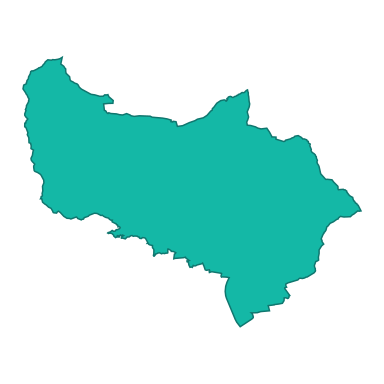 outline of Fieni, Dâmbovita, Romania
{"feature_id": "2599482B92838501845888", "entity_name": "Fieni", "entity_type": "district", "adm_level": 2, "iso_a3": "ROU", "parent_name": "Romania", "parent_adm1": "Dâmbovita", "projection": "robinson", "projection_center": [25.406, 45.133], "detail": "fine", "context": "isolated", "style": "filled", "palette": "teal", "viewbox_px": 384, "rotation_deg": 0, "n_neighbors": 0, "source": "geoboundaries", "source_scale": "gbopen_adm2", "svg_char_len": 5911}
<svg xmlns="http://www.w3.org/2000/svg" viewBox="0 0 384 384"><path d="M361.0,210.9L358.1,205.2L357.3,204.8L356.7,203.5L355.5,203.1L354.5,201.2L354.0,201.1L353.1,199.3L352.7,197.4L350.4,196.2L349.1,195.1L346.7,191.9L346.8,191.2L345.0,189.8L344.1,189.9L343.3,189.3L338.4,189.7L338.0,188.8L338.0,186.8L337.8,186.2L333.7,182.1L332.0,179.8L327.4,179.3L325.7,179.4L320.7,173.8L319.1,166.7L318.5,165.2L317.6,164.0L316.9,162.0L317.4,160.3L316.4,158.2L316.3,156.7L315.8,156.3L315.3,154.9L314.1,153.7L312.0,152.3L311.0,150.6L311.3,149.5L309.8,145.7L310.2,144.4L310.1,143.9L308.8,143.3L308.5,142.9L308.3,141.4L307.3,141.0L306.7,139.8L304.1,138.9L302.8,139.0L301.5,137.5L298.2,135.6L294.9,136.2L293.7,137.4L291.6,138.1L290.7,138.8L285.5,140.2L284.8,141.3L283.6,141.5L276.0,139.2L276.0,137.1L271.8,136.9L271.7,136.3L269.6,132.3L266.8,128.2L261.1,128.9L257.8,128.1L255.6,126.9L250.7,125.5L247.3,125.2L246.7,122.0L247.6,120.2L248.6,117.0L247.2,111.9L249.2,106.9L249.7,103.9L249.1,101.3L248.7,96.6L248.3,94.8L248.3,92.6L247.9,91.8L247.5,89.9L246.4,90.4L244.3,92.5L243.4,92.7L242.1,92.5L239.7,94.1L238.4,94.4L237.7,95.4L237.1,95.3L235.8,96.3L234.6,96.5L233.3,97.4L232.3,97.4L231.4,96.7L230.2,96.4L228.4,97.0L228.2,97.6L226.9,98.6L227.0,99.3L227.5,99.4L226.5,101.0L226.0,101.1L225.6,100.3L224.2,99.9L220.7,100.6L216.8,103.2L213.8,107.3L212.4,108.6L212.1,110.3L210.8,111.0L207.1,115.3L203.3,117.8L197.4,119.2L194.9,120.7L189.4,122.6L182.6,125.7L177.4,126.4L176.0,121.7L173.1,121.3L172.7,122.0L170.9,121.6L171.2,120.1L167.1,118.9L162.5,118.1L152.1,117.2L150.2,116.2L139.3,115.8L134.2,116.4L131.2,115.8L130.1,115.0L126.6,113.6L122.6,115.0L119.6,114.7L116.5,113.9L110.8,113.5L108.8,112.8L108.0,113.5L106.6,112.5L106.1,111.3L105.2,110.6L104.4,110.4L103.6,103.9L108.6,103.4L112.9,103.3L113.2,100.5L108.9,96.8L107.9,94.6L107.2,94.9L104.6,94.9L103.3,96.2L99.8,96.3L94.9,94.9L91.0,94.3L81.4,89.1L79.3,87.2L78.1,84.9L76.9,83.8L74.6,83.1L72.7,81.7L71.2,81.2L70.1,79.9L69.6,76.7L66.1,73.3L65.7,71.2L65.7,68.9L64.8,68.0L63.8,66.3L60.8,64.0L62.2,57.3L59.9,58.7L57.8,59.3L54.7,59.8L52.6,59.6L51.5,60.2L47.8,59.8L45.2,62.0L44.7,63.2L42.9,65.1L42.1,66.4L39.4,67.8L38.6,67.9L38.1,68.5L35.6,69.8L33.2,70.9L31.7,70.9L30.7,71.6L30.3,73.7L28.6,76.8L28.3,78.9L27.0,80.5L26.8,81.9L26.4,82.4L26.4,83.7L23.7,85.1L23.0,88.9L25.7,92.9L26.2,94.1L27.1,95.1L28.2,97.8L28.9,98.5L28.9,99.7L28.5,101.0L28.7,101.5L26.4,105.8L26.4,107.2L25.4,109.7L26.0,110.4L24.7,114.0L24.8,115.4L26.0,117.2L27.8,119.0L26.1,121.1L25.7,123.0L25.2,122.8L24.8,123.3L24.7,126.3L24.8,126.9L25.5,127.1L26.1,128.0L27.9,132.7L27.3,134.7L28.8,137.7L29.0,142.7L30.6,143.3L31.2,145.9L31.0,148.6L33.5,150.1L32.9,152.0L32.4,155.4L31.0,158.3L31.2,160.0L32.2,161.5L34.7,164.1L33.7,166.0L33.7,167.3L34.2,170.6L34.9,171.4L37.6,172.5L40.2,174.2L41.1,175.2L43.7,180.1L43.9,182.8L42.5,186.3L42.8,190.9L42.1,193.5L42.4,195.4L42.0,196.3L41.2,196.5L41.0,197.7L40.5,198.8L41.7,198.7L42.6,202.2L44.7,204.0L46.2,204.9L48.6,207.2L51.0,208.3L52.5,210.8L53.2,212.5L53.8,212.8L56.6,213.1L57.3,211.9L58.5,211.2L60.3,212.5L63.9,216.4L67.0,218.3L69.3,218.4L70.9,219.0L76.3,217.0L77.0,217.4L77.7,218.5L81.3,219.9L82.2,219.3L83.5,219.1L84.3,217.6L88.2,216.3L89.3,215.2L94.5,213.2L97.2,213.5L101.0,215.5L102.3,215.2L103.5,216.2L105.5,217.3L108.5,218.1L109.0,218.5L109.3,219.2L111.0,220.2L112.3,220.2L112.0,221.0L112.2,221.9L115.6,223.6L116.0,223.6L116.6,224.8L117.4,224.8L117.7,225.3L118.0,226.9L119.1,226.6L119.7,226.9L120.2,227.7L119.6,228.6L117.5,229.6L116.2,229.7L115.1,231.1L113.4,231.3L112.5,230.5L112.1,230.5L110.6,231.7L109.0,232.4L108.2,232.5L107.7,233.0L108.5,233.5L110.0,233.1L112.1,233.6L113.7,235.3L113.9,236.2L115.6,237.6L116.7,237.0L118.2,237.0L117.2,236.0L117.3,235.6L118.1,235.6L119.4,236.4L119.6,235.6L120.3,235.1L120.5,235.6L121.8,235.4L122.2,235.0L123.6,235.5L121.8,236.8L121.3,237.7L121.4,238.2L122.5,238.1L125.3,238.9L127.2,237.0L129.2,236.9L130.8,235.7L132.1,235.5L133.2,236.3L134.8,236.0L137.3,236.2L138.1,236.9L139.2,237.2L139.4,237.9L140.0,238.4L141.5,238.5L142.4,237.6L144.5,237.8L145.5,238.4L147.4,241.8L147.7,242.7L147.2,243.4L148.5,243.4L148.7,244.3L149.8,244.9L152.5,245.5L152.4,247.0L152.6,247.8L153.7,249.2L153.9,250.1L153.8,254.0L153.4,255.3L153.8,256.1L154.3,256.1L155.4,254.7L155.6,254.0L156.6,253.8L157.8,253.1L159.5,252.8L161.5,253.8L162.9,253.3L164.7,253.6L165.5,253.2L167.3,253.1L167.8,252.8L167.8,249.1L168.1,249.0L169.4,249.5L171.3,250.9L171.3,251.4L173.5,251.5L175.8,252.7L175.4,253.5L174.4,254.1L173.8,258.8L175.1,258.4L183.4,257.7L185.5,257.2L185.9,258.1L189.2,260.5L186.9,261.0L187.2,261.9L188.3,261.8L188.9,265.0L190.0,267.3L191.3,267.0L192.3,267.4L193.2,265.5L193.6,265.9L195.7,265.8L197.0,265.0L201.6,263.8L202.6,263.1L203.9,266.0L205.2,269.8L206.3,270.3L209.4,269.8L209.7,270.5L209.2,271.6L209.4,272.5L211.0,271.9L212.2,271.8L221.3,273.3L221.6,273.5L221.0,276.1L221.5,277.1L222.1,276.9L226.4,277.1L229.2,277.6L227.0,282.2L225.7,286.3L225.2,291.4L225.7,295.7L226.5,298.3L235.3,319.5L236.8,322.3L240.2,326.7L251.9,319.0L253.2,317.7L253.3,316.8L252.9,316.0L253.0,315.4L252.0,313.4L251.4,312.9L257.3,312.7L260.7,311.6L269.5,310.8L268.2,305.6L274.1,304.9L274.1,304.6L278.9,304.0L282.4,303.3L284.0,300.7L284.2,297.9L285.9,297.8L287.7,298.5L288.3,298.2L288.9,297.4L289.1,296.0L289.8,295.6L284.7,288.5L284.8,287.8L286.6,287.2L285.8,285.7L285.8,284.1L287.9,282.9L297.9,279.9L299.2,278.5L300.0,278.2L302.5,278.5L304.8,277.9L305.8,277.2L307.2,277.0L314.1,272.8L315.3,271.3L315.5,270.7L315.3,270.1L315.3,268.7L314.6,267.1L314.4,265.4L315.8,261.5L317.5,260.9L318.6,260.1L318.4,257.1L319.1,253.6L319.1,249.9L321.6,245.9L323.7,244.1L322.0,241.6L322.0,240.3L321.3,239.3L321.3,238.6L323.1,234.3L324.0,233.2L324.0,232.5L325.0,231.7L326.0,230.1L326.8,226.9L327.9,226.1L330.1,223.3L333.4,221.8L336.7,219.4L338.2,218.9L338.5,217.9L340.4,216.4L343.9,217.0L350.4,216.7L352.4,214.8L353.8,214.1L357.6,211.0L359.3,211.2L361.0,210.9Z" fill="#14b8a6" stroke="#0f766e" stroke-width="1.5"/></svg>